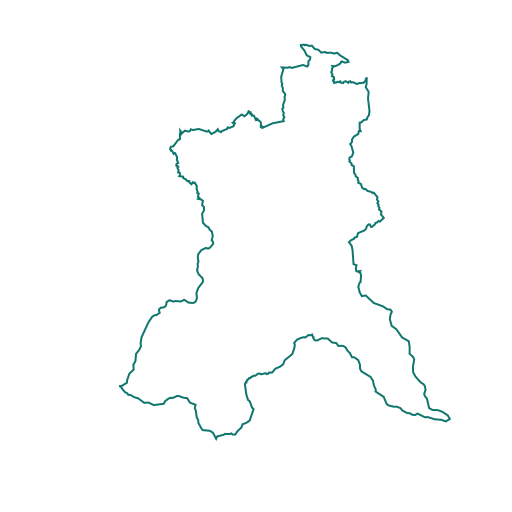 outline of Ibagué, Tolima, Colombia, rotated 259°
{"feature_id": "7082276B61216577882817", "entity_name": "Ibagué", "entity_type": "district", "adm_level": 2, "iso_a3": "COL", "parent_name": "Colombia", "parent_adm1": "Tolima", "projection": "mercator", "projection_center": [-75.17, 4.479], "detail": "fine", "context": "isolated", "style": "outline", "palette": "teal", "viewbox_px": 512, "rotation_deg": 259, "n_neighbors": 0, "source": "geoboundaries", "source_scale": "gbopen_adm2", "svg_char_len": 6115}
<svg xmlns="http://www.w3.org/2000/svg" viewBox="0 0 512 512"><g transform="rotate(259 256 256)"><path d="M84.2,182.0L86.3,183.4L86.7,190.2L87.3,191.6L86.2,196.3L86.6,197.8L85.2,199.0L84.7,201.6L87.5,204.3L90.3,208.8L93.4,210.7L94.0,214.4L95.7,218.4L106.1,224.4L107.9,223.2L114.4,222.2L116.2,220.7L122.1,220.1L132.1,220.6L133.4,221.4L133.5,222.3L134.6,222.4L135.1,223.5L136.3,223.9L136.5,225.1L137.4,225.7L137.2,227.1L138.4,228.4L138.2,229.4L139.0,230.6L138.6,232.5L140.1,235.5L139.7,237.8L138.8,238.7L139.2,243.0L137.9,244.1L138.2,245.6L139.1,246.4L138.5,249.7L141.7,253.4L142.7,258.2L144.4,261.9L148.1,264.2L152.8,272.9L158.8,276.3L161.8,277.2L163.4,276.9L166.0,280.2L167.0,284.3L167.2,287.6L166.6,288.9L168.4,292.4L167.8,294.2L168.2,296.1L165.7,296.4L165.3,297.0L164.1,296.6L162.0,297.7L161.4,299.9L162.7,304.8L161.3,310.7L156.6,314.2L155.2,318.2L152.0,319.7L151.3,324.0L149.4,326.4L145.5,327.8L142.7,329.7L138.3,330.9L137.7,333.3L134.3,336.5L129.3,337.3L125.6,336.6L122.6,337.5L115.4,345.4L111.0,347.1L106.6,347.0L102.0,348.1L100.2,347.5L93.3,354.5L86.3,355.9L84.4,357.0L81.9,362.1L81.2,365.4L79.1,368.8L76.5,370.1L73.0,374.4L72.2,377.1L70.4,379.0L69.5,381.7L70.5,384.5L65.4,391.1L65.1,393.9L61.6,400.3L59.8,406.8L57.4,410.7L59.0,415.1L62.9,413.9L67.5,409.2L70.0,405.1L71.2,399.9L73.7,396.9L83.3,396.6L86.6,394.9L88.6,394.8L92.2,396.9L96.2,396.9L98.2,396.0L100.7,393.4L107.1,389.6L111.8,388.1L117.0,388.8L124.4,391.6L127.0,390.9L130.7,388.1L136.9,389.4L143.1,389.7L148.3,383.8L157.3,379.8L161.5,375.9L168.5,375.3L173.0,377.0L175.3,378.7L177.7,377.8L178.6,374.7L182.3,371.1L187.4,362.6L196.3,356.2L196.4,352.2L200.7,350.8L206.4,350.6L210.3,352.8L210.6,353.7L217.1,355.5L219.5,355.2L220.2,354.2L221.4,355.3L221.6,352.0L222.3,351.5L225.1,351.7L227.7,352.9L229.4,350.2L243.4,351.9L247.9,351.8L251.8,349.9L253.3,352.1L254.2,355.5L255.3,356.3L255.4,358.6L259.0,360.6L260.4,367.4L261.8,369.3L264.2,370.5L265.5,372.4L265.3,373.7L262.7,374.4L262.4,375.1L264.1,378.4L265.7,379.7L265.8,381.2L267.0,383.0L266.1,384.1L269.0,388.7L272.9,386.6L275.8,387.7L278.2,385.6L279.7,386.4L281.6,385.5L282.8,386.2L284.7,385.2L286.2,386.6L288.3,385.5L290.6,386.5L295.8,383.6L295.6,382.4L297.0,381.2L298.6,377.9L301.0,376.1L301.0,374.9L302.9,373.1L306.6,372.8L308.4,370.3L309.9,371.0L311.0,370.4L313.1,370.9L315.2,369.1L316.7,369.2L319.0,368.1L325.5,369.2L327.0,367.2L328.5,367.5L331.1,365.7L332.0,366.4L333.1,366.0L334.8,366.7L335.6,369.2L338.8,371.2L345.7,370.7L347.9,369.8L349.5,371.9L352.1,372.5L354.6,375.0L356.2,379.6L359.0,380.8L358.6,382.5L361.1,382.0L367.1,383.2L367.1,384.8L368.9,387.8L368.9,390.8L370.9,391.8L372.6,393.7L376.8,395.1L389.2,396.0L395.6,397.9L400.9,395.9L403.5,397.3L409.3,398.6L409.3,397.7L407.5,397.2L405.5,394.7L406.0,389.3L405.5,388.0L408.1,384.4L408.2,382.4L409.6,381.9L409.3,380.2L408.4,379.7L410.5,377.3L410.2,375.5L409.1,374.6L409.9,372.5L411.4,372.0L410.7,371.0L411.5,369.2L410.9,368.0L411.1,365.7L412.0,366.1L413.3,364.9L414.3,365.5L414.4,366.4L416.7,366.6L418.0,364.8L419.3,365.7L422.2,364.9L423.7,366.2L425.7,366.4L426.7,367.8L427.9,367.3L427.2,370.1L427.8,372.5L428.9,375.7L430.3,376.4L430.6,377.4L428.8,380.2L428.9,383.8L430.7,383.6L436.8,376.9L440.0,374.5L439.8,371.6L441.3,368.2L442.0,363.8L443.1,362.8L443.2,358.8L446.4,356.7L448.1,353.1L451.7,351.1L452.3,347.6L453.7,345.9L453.5,344.3L454.2,343.8L454.6,340.3L453.1,340.2L448.3,342.8L443.3,344.1L440.8,347.3L438.5,346.5L437.1,344.6L433.3,343.8L432.2,342.5L434.5,338.6L433.8,327.0L435.1,324.8L434.7,323.2L436.2,317.4L434.0,318.5L427.1,314.9L421.4,314.2L419.9,314.7L418.4,313.8L415.7,314.4L412.8,313.8L409.7,315.4L408.3,315.4L406.8,314.4L403.8,314.1L399.1,311.4L396.2,311.1L395.6,309.9L392.9,309.9L391.4,310.6L388.7,309.6L386.8,310.3L385.1,308.8L383.1,308.9L383.1,297.7L380.5,286.5L381.6,285.5L382.0,286.8L383.2,285.6L385.6,286.3L387.0,285.9L389.2,283.8L389.3,282.8L390.0,283.7L390.9,282.9L390.6,281.6L394.2,280.7L394.6,278.6L396.1,278.9L396.4,277.7L397.3,277.9L398.0,276.7L398.4,277.7L399.5,276.3L397.2,274.7L395.4,271.4L397.6,269.0L395.1,263.5L393.0,260.6L391.6,259.9L391.3,258.6L390.0,259.5L390.0,260.3L387.6,258.5L386.8,254.6L387.7,252.8L386.3,252.1L385.1,246.2L384.3,245.3L385.7,243.0L387.7,242.7L385.5,239.7L384.3,235.4L388.2,233.4L387.4,232.4L387.6,231.3L391.6,224.1L391.7,217.9L392.8,216.2L391.2,214.9L391.1,213.1L392.6,210.1L390.7,206.9L393.3,205.6L389.9,205.4L390.2,204.7L391.5,204.8L385.1,203.6L384.9,201.8L379.5,195.8L379.4,193.2L378.6,192.5L377.1,192.1L376.6,192.9L375.5,192.7L375.0,193.8L372.1,194.7L372.7,195.5L372.4,196.2L368.2,197.4L365.4,196.7L362.2,197.4L361.6,195.6L359.9,195.0L359.4,196.2L358.3,196.7L358.1,195.8L357.3,195.7L355.3,196.4L352.9,195.5L352.4,197.0L349.8,196.8L349.0,196.0L347.8,199.6L346.3,199.5L344.5,201.9L342.6,202.8L342.3,204.8L340.9,204.7L338.8,206.3L340.4,208.0L339.5,208.9L339.8,209.8L335.9,211.3L333.5,210.5L330.4,210.9L329.0,210.4L328.2,211.7L325.2,210.2L324.0,211.4L323.1,210.1L322.0,212.9L320.3,214.4L316.2,212.8L314.0,214.3L310.4,213.5L307.7,211.1L298.7,210.3L294.9,212.6L293.4,214.7L290.4,215.7L288.5,217.3L283.9,217.4L280.0,215.5L278.3,216.4L276.3,216.4L273.0,212.5L272.4,210.3L273.5,208.3L272.2,203.4L268.7,199.6L265.8,198.6L261.3,198.4L259.3,197.1L257.2,197.1L253.2,195.4L249.0,196.2L244.4,199.3L241.9,199.3L240.7,198.9L235.7,193.3L230.9,190.4L226.0,190.0L223.4,188.6L222.0,186.7L222.0,184.9L223.1,180.9L226.7,177.2L225.7,173.4L227.2,168.4L227.0,166.3L229.1,162.6L227.9,159.5L224.9,158.4L223.7,157.3L223.1,154.8L223.5,152.9L222.4,151.0L221.6,150.4L218.6,150.6L217.1,147.2L217.1,144.7L216.2,142.5L211.1,137.5L198.0,128.1L192.5,126.1L189.2,125.8L186.0,123.3L182.9,119.6L175.6,117.5L172.8,114.9L167.8,114.2L164.7,109.3L158.9,105.9L156.2,105.1L154.0,99.1L154.5,96.9L153.4,98.4L149.9,99.9L147.1,101.7L145.6,103.6L144.1,104.1L143.4,106.5L140.5,109.7L139.0,112.9L133.2,118.3L132.6,122.6L129.2,127.1L128.5,137.1L130.9,139.2L132.7,142.9L133.2,144.9L132.5,147.2L133.6,151.5L133.4,153.3L130.8,157.6L129.6,161.3L124.6,163.2L121.5,168.3L118.4,166.9L115.2,167.4L108.9,167.0L106.2,167.9L102.9,167.6L96.3,169.8L95.2,170.6L93.3,177.2L90.8,180.0L84.2,182.0Z" fill="none" stroke="#0f766e" stroke-width="2"/></g></svg>